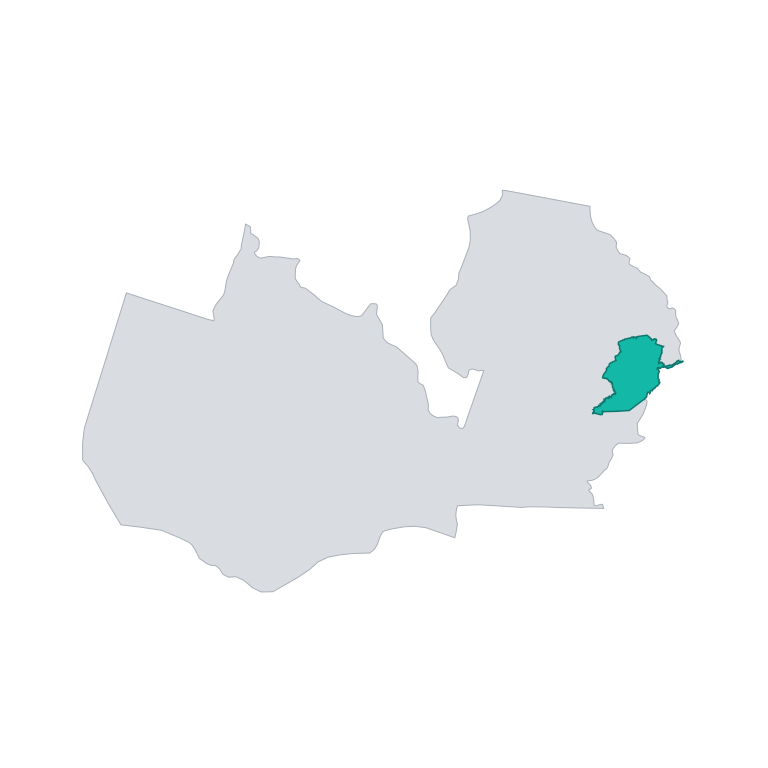 Chama, Muchinga, Zambia shown in context, rotated 20°
{"feature_id": "96606910B17560798529879", "entity_name": "Chama", "entity_type": "district", "adm_level": 2, "iso_a3": "ZMB", "parent_name": "Zambia", "parent_adm1": "Muchinga", "projection": "orthographic", "projection_center": [32.797, -11.274], "detail": "fine", "context": "in_parent", "style": "filled", "palette": "teal", "viewbox_px": 768, "rotation_deg": 20, "n_neighbors": 0, "source": "geoboundaries", "source_scale": "gbopen_adm2", "svg_char_len": 9700}
<svg xmlns="http://www.w3.org/2000/svg" viewBox="0 0 768 768"><g transform="rotate(20 384 384)"><path d="M503.1,504.3L472.3,504.7L461.1,507.3L452.0,511.2L441.2,517.3L434.9,521.6L433.2,523.9L432.5,529.0L432.6,536.8L431.6,542.5L428.4,547.7L412.0,554.2L401.3,559.5L390.8,565.7L382.9,573.7L377.7,583.4L369.0,595.5L350.6,617.2L339.8,621.4L330.6,620.6L319.3,616.4L310.5,615.8L304.1,618.7L298.0,618.0L292.3,613.7L287.7,612.2L284.0,613.5L279.2,613.4L270.3,611.1L262.5,603.7L258.2,600.7L255.0,599.6L245.9,598.6L225.1,597.5L203.7,601.9L185.0,606.3L165.0,590.0L145.5,572.7L141.4,568.3L134.1,562.6L128.9,559.8L126.8,558.4L121.0,542.6L117.5,528.0L110.8,386.5L196.7,383.5L202.3,382.8L202.4,381.2L198.2,373.8L198.3,371.1L199.2,365.9L202.7,355.5L202.8,352.1L200.7,341.0L200.6,334.7L201.2,322.1L200.5,317.8L202.4,312.1L202.9,308.3L203.7,306.7L202.6,302.4L200.4,287.4L199.2,281.1L204.4,281.9L206.2,285.0L207.3,288.3L209.7,288.4L215.9,290.3L218.2,293.0L219.8,299.0L219.0,302.1L217.1,304.6L219.1,306.8L223.3,308.1L225.7,307.6L232.6,303.3L239.0,301.6L242.2,300.4L256.5,297.4L259.3,295.8L261.3,295.8L262.8,296.9L261.6,301.2L261.3,305.0L263.3,312.1L264.7,315.4L267.7,317.8L269.9,319.0L272.4,321.5L277.4,320.9L288.5,324.3L291.9,325.9L296.6,327.5L299.9,328.0L311.3,329.0L323.3,330.8L329.5,330.9L333.9,330.3L337.0,329.2L338.9,328.0L339.7,327.0L344.0,313.3L346.3,312.2L349.2,311.4L351.0,312.6L353.1,321.2L362.0,328.7L365.1,335.2L367.3,340.7L369.2,342.2L372.6,344.0L377.9,344.6L382.6,344.7L406.1,353.8L408.7,355.5L411.7,360.5L413.5,366.2L415.4,370.7L418.5,371.5L421.2,371.8L423.9,374.8L425.9,377.5L433.0,388.6L434.1,393.0L437.5,396.0L442.0,397.2L446.2,397.3L448.6,395.9L454.6,393.5L459.2,390.8L462.6,389.9L464.6,390.4L466.2,392.2L467.2,397.8L470.6,399.6L473.0,398.9L473.9,396.7L474.0,395.6L473.2,337.3L471.1,337.7L468.4,339.4L462.2,339.6L459.8,340.9L459.1,342.8L459.6,345.2L459.7,348.5L458.9,350.1L456.1,350.7L452.2,349.5L445.0,347.9L439.1,346.9L434.8,342.6L428.9,336.1L425.1,332.8L415.8,326.1L414.3,324.7L411.4,321.5L409.0,316.1L406.6,309.8L405.3,305.8L407.4,299.6L412.5,279.3L413.6,273.0L418.0,266.5L418.2,260.8L416.3,253.5L416.8,249.5L417.1,226.3L415.8,219.0L412.7,210.9L405.9,199.8L405.9,197.4L416.0,189.9L419.0,187.1L424.3,181.1L427.8,176.0L430.1,171.8L430.8,166.5L429.0,161.5L432.5,160.5L516.9,146.6L518.1,150.1L520.7,155.8L523.6,160.0L527.3,163.7L530.4,165.9L532.4,166.6L545.4,166.3L550.1,168.5L554.2,171.4L555.2,175.8L557.9,178.5L560.8,180.7L562.1,181.0L564.2,180.4L567.7,180.4L570.9,181.3L572.4,182.3L572.6,186.0L573.6,187.6L578.0,188.3L582.5,188.6L586.8,191.1L591.5,191.5L596.9,192.5L599.4,195.2L605.2,198.0L612.2,200.5L619.9,204.6L620.1,205.8L621.4,208.2L622.8,210.0L622.9,212.5L623.5,214.9L625.5,215.5L627.2,215.6L628.7,213.9L630.7,214.0L633.0,215.1L633.8,217.8L635.6,221.5L638.4,224.0L640.3,226.4L639.7,230.8L638.5,234.9L642.3,238.8L647.4,242.6L648.7,244.3L649.1,249.9L649.9,251.9L653.3,256.5L654.9,259.6L654.8,261.4L645.6,270.7L640.0,272.1L637.5,274.0L636.0,275.9L639.7,285.2L641.6,288.7L640.0,293.0L636.3,300.5L634.6,301.1L634.3,306.7L635.4,308.8L637.2,310.4L638.0,314.2L637.8,323.7L635.5,334.5L639.6,343.9L641.0,344.9L646.7,345.0L647.7,345.8L646.3,348.5L642.3,352.6L635.1,355.8L624.6,359.4L622.5,362.8L621.1,367.7L622.2,370.6L623.6,372.3L623.2,376.6L622.3,381.2L622.6,384.7L622.1,387.9L620.7,389.5L618.9,394.2L616.7,399.0L614.9,401.2L612.3,403.5L608.2,405.4L608.3,406.4L612.9,408.6L614.1,410.2L614.6,411.2L612.6,413.6L614.8,415.1L617.4,416.3L619.9,419.5L622.7,425.6L623.2,426.2L624.0,426.2L625.6,425.6L628.4,423.2L630.5,422.3L633.0,425.8L589.7,440.6L579.6,443.7L564.4,449.0L559.5,451.0L555.6,452.9L515.5,464.7L509.3,467.1L495.1,473.1L494.7,474.1L494.9,476.8L496.2,482.4L498.7,487.4L500.8,490.3L502.3,497.8L503.1,504.3Z" fill="#d9dde1" stroke="#a8b0b8" stroke-width="1"/><path d="M623.4,249.2L622.9,249.2L622.5,249.1L622.4,249.3L622.7,249.5L622.1,250.1L621.7,250.1L621.5,250.5L620.9,250.8L620.6,251.3L620.2,251.1L619.8,250.2L618.4,249.8L617.7,249.2L616.3,249.0L615.6,248.5L615.0,248.3L614.3,248.3L605.8,252.8L605.2,253.5L605.5,253.8L605.3,253.9L605.3,254.2L605.1,253.9L604.8,253.9L604.5,254.0L604.5,254.3L603.8,254.1L603.1,254.6L602.9,254.5L602.8,254.9L602.5,254.5L602.2,254.5L602.0,254.9L601.7,254.9L601.6,255.2L601.2,255.1L600.7,255.3L600.3,255.9L599.6,256.4L599.5,256.9L597.8,257.6L596.8,258.4L596.3,258.6L596.0,259.0L594.7,259.6L594.7,260.3L593.2,261.1L592.9,261.8L591.7,262.7L590.5,263.9L590.1,264.5L590.3,265.8L590.7,266.7L591.1,267.1L592.5,267.5L592.7,268.2L592.7,269.0L593.3,269.8L593.3,270.4L593.8,271.0L594.8,271.5L595.0,272.1L595.5,272.4L595.6,273.0L595.4,273.0L595.0,273.1L594.8,273.2L594.8,273.3L594.3,275.9L593.9,276.7L593.8,277.2L593.2,277.8L592.2,278.3L591.8,279.2L593.0,281.5L594.0,282.5L591.4,284.9L590.8,285.8L589.9,286.3L588.9,288.2L588.9,288.6L589.3,289.5L589.3,290.5L588.9,291.1L588.1,291.9L588.0,293.4L587.7,293.8L588.3,294.4L588.2,294.5L588.4,295.0L588.3,295.8L588.0,296.4L588.1,296.7L588.0,296.9L587.9,297.9L587.4,298.6L587.1,300.1L587.1,301.0L587.0,301.7L587.3,302.8L587.2,303.0L587.6,303.5L587.9,303.3L588.7,303.2L589.0,303.4L589.6,303.2L589.9,302.7L590.4,302.6L590.6,302.7L590.8,302.6L591.0,302.9L591.5,303.0L591.7,302.8L592.4,303.1L593.0,303.1L593.8,303.9L594.5,304.3L594.7,304.2L594.7,304.4L594.8,304.2L595.4,304.2L595.4,304.4L595.8,304.3L596.0,304.6L596.1,304.4L596.4,304.5L596.6,304.4L596.7,304.6L597.1,304.5L597.4,304.6L597.5,305.0L597.7,305.3L597.9,305.2L597.9,305.4L598.1,305.4L598.0,305.7L598.3,305.6L598.6,306.2L599.1,306.5L599.0,306.9L599.1,307.2L599.4,307.2L599.2,307.3L599.7,308.6L600.2,308.9L600.1,309.1L601.2,309.9L602.0,310.3L601.9,310.5L602.1,310.8L601.9,311.0L602.2,311.0L602.2,311.7L602.8,311.9L603.2,311.8L603.4,312.1L603.7,312.1L604.0,312.6L604.3,312.6L604.1,312.7L604.4,312.8L604.4,313.3L604.8,313.6L604.1,314.0L604.4,314.6L603.8,314.5L603.5,314.9L603.2,314.7L603.0,315.5L602.6,315.5L602.0,316.0L602.0,316.3L602.5,316.7L602.2,317.1L602.2,317.6L602.0,318.0L602.1,318.4L601.5,318.0L600.8,318.8L600.4,318.6L600.7,319.3L600.4,318.9L600.1,319.0L600.5,319.4L599.9,319.5L600.2,319.7L600.6,319.6L600.0,320.1L599.6,319.8L599.5,320.0L599.7,320.5L599.4,320.4L599.3,320.1L599.1,320.1L598.9,320.6L598.1,321.0L598.1,321.3L597.9,320.9L597.6,321.0L597.7,321.4L597.4,321.5L597.6,322.0L597.1,322.2L596.9,322.6L596.4,322.8L596.7,323.1L596.3,323.2L596.8,323.5L597.1,324.1L596.5,324.0L596.5,324.3L596.9,324.3L596.9,324.6L596.8,324.8L596.3,324.9L596.2,325.3L595.9,325.5L596.0,325.7L596.3,325.7L595.8,326.0L596.1,326.5L595.7,326.5L595.3,326.9L595.4,327.4L594.8,327.7L595.1,328.3L594.5,328.4L594.6,328.9L594.2,329.0L594.6,329.3L594.3,329.7L594.4,329.9L594.8,330.2L594.7,330.7L594.5,330.8L594.1,330.3L593.9,330.5L594.0,330.8L593.9,331.0L593.1,330.8L593.2,331.6L592.7,332.1L592.6,332.6L592.4,333.0L591.2,333.0L590.9,333.6L590.2,333.8L589.7,334.2L589.6,334.9L590.0,335.8L589.8,336.3L589.5,336.5L589.9,336.6L590.1,337.3L590.6,337.6L590.5,338.1L591.1,338.2L591.1,338.4L590.7,338.8L590.6,339.2L590.1,339.4L590.2,340.1L590.5,339.9L590.6,340.2L591.3,339.5L592.4,339.3L592.9,339.4L593.6,339.0L593.8,339.0L594.1,339.2L595.5,338.8L596.2,339.0L596.8,338.8L597.2,338.9L598.2,338.7L598.7,338.3L599.3,338.2L599.5,337.8L599.4,336.6L599.3,336.3L598.8,336.1L598.5,335.2L598.6,334.8L598.9,335.0L599.2,334.7L599.8,335.0L600.2,334.7L611.7,330.2L623.5,325.0L633.4,309.7L634.3,309.5L634.1,309.5L634.0,309.2L634.1,308.2L634.5,307.4L635.1,306.6L635.0,305.2L634.7,303.8L634.7,302.6L634.5,301.7L634.7,301.4L635.4,301.2L636.2,301.4L637.0,302.1L637.1,301.6L636.7,299.2L637.3,298.8L637.3,298.7L638.0,298.8L638.5,298.5L638.2,297.3L638.3,297.1L638.9,296.7L639.0,296.3L639.6,295.8L639.7,295.2L640.0,295.0L640.3,294.1L640.5,293.2L641.7,292.2L641.9,290.9L642.1,290.7L642.1,290.2L642.5,289.7L642.7,289.0L642.7,288.3L642.2,288.0L641.6,288.0L641.3,286.4L640.7,285.6L640.0,285.1L639.2,284.3L639.2,283.5L638.8,283.2L638.2,280.4L638.4,279.5L638.4,278.2L638.1,278.1L637.8,277.5L637.1,276.8L636.8,276.2L636.5,276.5L636.1,276.3L635.7,276.6L635.3,275.6L636.3,274.5L637.1,274.6L637.3,274.7L637.3,275.1L638.5,274.6L639.6,272.5L640.6,272.8L641.1,272.6L642.3,271.7L642.9,272.0L644.0,272.2L644.3,272.4L644.9,272.4L645.7,272.1L645.7,271.7L646.2,271.2L647.1,271.0L647.5,270.3L648.0,270.2L648.5,269.7L648.8,269.7L649.0,269.1L648.8,268.7L649.0,268.6L649.0,268.2L649.3,268.3L649.7,268.2L652.1,264.5L652.4,264.5L652.8,264.9L653.9,263.8L654.4,262.9L655.2,262.7L655.6,262.3L656.1,262.1L656.2,261.6L656.5,261.5L657.1,260.9L657.2,260.4L656.9,260.3L655.3,261.7L655.0,261.8L654.6,261.4L653.8,261.8L653.1,261.6L652.9,261.0L652.6,261.1L651.3,262.6L651.2,263.3L651.0,264.0L649.8,265.5L649.4,265.8L648.6,267.5L647.7,268.0L646.6,268.3L645.0,269.2L644.5,269.8L644.1,269.9L643.8,270.4L643.4,270.5L643.2,270.9L642.7,271.1L642.6,270.9L641.6,271.3L641.0,271.0L640.7,271.1L640.4,269.9L640.1,270.2L639.7,269.7L639.0,269.9L638.8,269.1L638.6,269.1L638.4,268.9L638.2,269.1L637.3,268.9L637.2,269.1L637.2,268.8L636.8,268.9L636.6,268.9L636.7,269.1L636.4,269.2L636.4,269.5L636.1,269.8L635.4,270.0L635.1,270.5L635.4,270.6L635.4,270.8L635.1,270.8L635.0,270.5L634.6,270.1L634.7,269.8L634.5,269.6L634.7,269.3L634.6,269.1L634.6,268.4L634.7,268.2L634.8,267.4L634.6,267.4L634.6,266.3L634.4,266.2L634.6,266.1L634.3,266.0L634.5,265.9L634.3,265.3L634.5,265.0L634.4,264.8L634.5,264.5L634.3,264.4L634.6,263.9L634.4,263.5L634.4,262.9L634.1,262.6L634.0,261.8L634.3,261.7L634.2,260.9L634.5,260.3L634.2,259.4L634.4,259.0L633.7,258.1L633.8,257.6L633.4,257.3L633.5,256.8L633.1,256.4L633.0,256.1L633.0,255.1L633.8,253.0L633.5,253.0L632.6,253.8L631.7,253.1L630.5,253.5L629.6,253.2L628.2,253.5L626.7,253.3L625.6,253.3L625.2,252.9L625.3,251.3L625.1,250.4L625.3,249.8L625.1,249.5L624.3,249.2L624.4,248.9L623.9,248.8L623.4,249.2Z" fill="#14b8a6" stroke="#0f766e" stroke-width="1.5"/></g></svg>